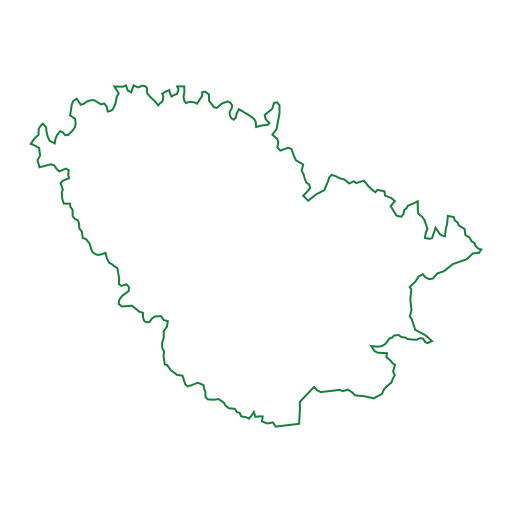 the district of Itacurubi, Rio Grande do Sul, Brazil
{"feature_id": "56859067B45448727576275", "entity_name": "Itacurubi", "entity_type": "district", "adm_level": 2, "iso_a3": "BRA", "parent_name": "Brazil", "parent_adm1": "Rio Grande do Sul", "projection": "equal_earth", "projection_center": [-55.272, -28.816], "detail": "fine", "context": "isolated", "style": "outline", "palette": "green", "viewbox_px": 512, "rotation_deg": 0, "n_neighbors": 0, "source": "geoboundaries", "source_scale": "gbopen_adm2", "svg_char_len": 4497}
<svg xmlns="http://www.w3.org/2000/svg" viewBox="0 0 512 512"><path d="M208.9,94.4L205.1,91.6L202.2,92.2L202.2,95.9L196.9,103.7L194.3,102.3L191.3,102.0L189.0,101.9L186.1,103.1L184.3,100.7L183.5,97.0L184.4,92.0L184.2,86.4L177.2,86.4L178.6,89.8L176.9,94.0L174.5,94.8L171.5,96.5L170.2,93.6L169.1,90.1L165.8,91.6L162.2,93.6L163.3,97.0L162.6,101.2L159.9,103.3L158.2,105.4L154.6,100.9L151.6,98.3L147.1,93.3L147.0,88.1L145.2,86.2L142.4,85.6L138.0,87.4L133.6,85.4L132.3,89.1L131.2,92.2L127.8,90.6L126.0,85.4L122.9,86.7L120.4,86.7L114.3,86.4L116.1,89.3L118.7,93.5L116.7,96.7L116.2,99.9L115.2,104.6L112.5,109.7L110.4,110.9L107.7,111.5L106.7,106.6L104.2,103.5L101.0,104.4L96.9,101.8L93.5,100.0L90.1,100.5L87.1,101.4L83.3,104.1L80.7,104.7L76.7,98.7L73.3,100.9L71.7,104.7L71.0,110.0L70.1,115.3L75.0,118.9L75.7,123.6L74.8,127.5L72.0,131.3L68.1,135.0L65.2,135.2L62.7,132.2L60.2,131.2L57.0,135.0L55.4,139.2L54.7,143.4L51.8,141.9L49.5,140.6L47.9,137.2L46.4,131.3L46.2,127.4L42.9,123.6L40.7,125.8L38.7,128.9L38.5,134.9L34.6,138.4L32.3,141.6L30.7,143.9L33.2,144.7L39.1,148.0L40.1,155.6L37.5,160.1L39.5,167.3L50.9,164.3L54.2,165.4L56.8,169.2L59.3,171.4L65.9,168.6L68.8,170.2L68.2,174.6L69.0,178.2L63.5,180.3L60.5,183.1L62.8,189.6L61.8,192.3L62.3,199.1L63.8,203.6L69.9,203.7L70.4,207.0L72.6,209.8L72.6,215.9L74.7,218.9L77.9,220.4L79.1,223.7L79.3,228.3L82.0,232.0L82.7,238.0L86.1,239.1L89.7,243.8L91.1,249.0L92.7,252.3L95.8,254.4L98.5,254.9L102.4,254.1L105.5,252.8L106.9,258.4L109.3,262.9L112.0,264.2L113.9,266.1L117.4,268.1L119.2,279.2L118.9,284.1L121.4,285.9L126.6,284.3L128.9,287.1L128.8,290.9L122.2,295.9L119.5,299.3L118.6,303.9L121.9,306.5L131.9,305.7L139.2,311.6L142.9,312.8L143.1,317.8L144.2,320.8L146.1,322.2L149.4,322.0L152.2,318.3L155.0,316.5L160.9,316.1L163.9,320.1L167.8,321.2L166.9,326.7L163.7,331.2L163.8,337.4L162.0,343.3L162.2,347.8L164.1,351.7L163.5,355.7L164.8,364.4L167.1,365.0L170.8,370.3L174.1,372.5L176.7,374.8L182.6,375.7L183.7,379.8L185.5,384.7L187.8,386.4L191.5,385.2L197.8,382.7L203.4,385.0L204.2,388.9L205.4,391.8L205.5,397.1L207.9,399.4L214.2,399.7L218.6,399.1L223.8,402.6L225.4,405.5L229.0,408.3L234.8,408.8L236.9,412.0L239.7,412.9L241.1,416.3L246.7,417.4L248.9,418.7L251.6,415.5L253.9,412.0L255.3,416.8L260.3,416.3L262.7,416.5L262.0,421.4L267.3,423.5L272.9,422.4L275.7,426.6L299.1,423.8L299.9,410.2L299.9,401.8L314.1,386.9L316.9,390.1L320.8,392.1L323.1,391.8L335.6,390.4L339.8,389.8L342.8,391.2L348.0,389.6L352.1,392.3L354.9,395.3L364.1,396.2L373.8,398.3L382.0,393.9L383.6,390.1L385.8,387.2L389.3,384.2L391.3,382.7L393.0,378.3L394.8,375.3L393.1,371.6L395.0,364.7L392.5,363.3L390.8,360.8L386.4,357.2L387.0,353.2L377.7,352.7L374.5,351.0L371.3,346.1L378.5,346.7L381.8,346.1L385.6,343.8L389.3,338.5L392.2,337.6L393.9,335.6L398.5,335.0L401.5,337.1L405.5,337.6L407.7,339.0L410.7,339.4L416.6,339.8L419.7,338.2L422.9,338.5L425.2,342.1L427.5,343.1L432.0,341.1L425.5,335.3L415.2,329.8L411.7,319.1L409.8,316.5L411.5,310.2L410.3,299.9L411.3,289.3L409.7,287.0L415.4,281.6L418.6,276.6L422.7,274.2L425.6,277.4L429.2,279.2L433.0,278.5L437.3,273.4L443.6,271.4L453.1,264.0L466.8,259.2L473.0,253.4L479.0,252.8L481.3,249.5L478.3,248.5L475.5,246.0L474.8,243.3L471.5,241.2L469.6,237.6L465.4,235.0L464.6,229.0L458.9,225.5L457.8,222.9L454.8,220.3L453.8,217.1L447.8,215.9L447.2,223.5L445.7,229.3L445.0,236.2L442.3,235.7L439.8,234.0L435.6,227.7L432.0,238.2L429.5,238.8L424.9,238.0L425.9,232.2L427.5,229.1L424.5,220.1L422.5,217.2L418.2,213.5L417.8,209.7L417.7,201.3L413.1,203.6L408.1,205.6L406.3,208.5L404.3,210.0L403.5,213.9L401.4,216.7L399.1,216.4L396.4,215.5L390.7,206.1L394.9,201.1L391.5,198.2L385.0,195.5L384.5,191.3L377.5,189.9L375.3,192.2L372.4,190.0L368.3,186.1L364.0,180.7L356.1,183.1L353.8,181.3L349.1,183.5L346.4,181.1L344.1,179.4L340.8,178.6L337.7,177.3L335.6,176.1L331.5,174.9L329.1,177.6L328.3,180.7L326.7,184.4L324.3,190.2L316.1,194.4L308.2,200.7L303.2,195.8L306.5,192.4L310.3,187.8L309.1,184.4L306.4,182.6L304.9,179.3L303.7,174.6L301.6,170.7L303.2,164.6L295.9,160.3L293.9,155.8L291.4,149.0L288.2,147.7L280.3,150.6L277.4,147.4L278.3,141.6L277.0,138.7L272.4,134.7L276.6,129.0L279.5,113.2L279.5,105.6L277.3,102.4L274.1,102.8L272.2,108.8L268.9,111.5L264.7,115.0L265.8,119.4L269.5,123.1L267.5,125.0L262.4,125.3L256.1,127.0L255.7,121.8L254.2,119.1L250.3,116.0L238.8,109.2L236.8,113.3L235.6,117.9L233.6,119.7L231.2,118.1L229.8,115.2L229.7,111.8L231.6,108.6L232.2,105.3L230.3,102.7L227.3,101.5L221.7,103.6L216.9,107.9L214.0,107.3L209.1,100.9L208.9,94.4Z" fill="none" stroke="#15803d" stroke-width="2"/></svg>